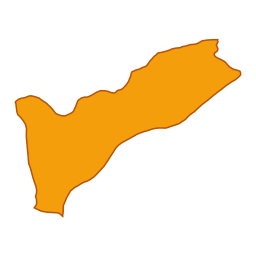 outline of Halmin, Lahij, Yemen
{"feature_id": "15242507B61781927650682", "entity_name": "Halmin", "entity_type": "district", "adm_level": 2, "iso_a3": "YEM", "parent_name": "Yemen", "parent_adm1": "Lahij", "projection": "mercator", "projection_center": [44.941, 13.696], "detail": "fine", "context": "isolated", "style": "filled", "palette": "amber", "viewbox_px": 256, "rotation_deg": 0, "n_neighbors": 0, "source": "geoboundaries", "source_scale": "gbopen_adm2", "svg_char_len": 5189}
<svg xmlns="http://www.w3.org/2000/svg" viewBox="0 0 256 256"><path d="M217.7,39.7L213.7,39.7L207.6,40.0L202.2,40.8L197.8,43.3L195.5,44.1L195.3,44.1L194.4,44.2L193.5,44.4L192.8,44.4L191.9,44.5L191.1,44.5L190.8,44.5L188.6,45.1L187.6,45.5L186.8,45.8L185.9,46.0L184.9,46.2L184.0,46.3L183.1,46.5L182.1,46.7L181.4,47.1L180.7,47.5L179.9,47.7L179.1,47.8L178.3,47.9L177.4,48.0L176.6,48.0L175.6,48.1L174.7,48.3L173.8,48.5L172.9,48.8L172.0,48.9L171.1,49.4L170.3,49.8L169.4,50.2L168.5,50.4L167.7,50.7L166.9,51.0L166.1,51.2L165.3,51.4L164.3,51.6L163.5,51.8L162.6,52.1L161.6,52.3L160.7,52.5L159.7,52.7L158.6,52.9L157.6,53.2L157.1,53.8L156.6,54.4L155.9,55.1L155.2,55.6L154.5,56.1L153.9,56.7L153.3,57.3L152.8,57.9L152.3,58.5L151.7,59.2L151.1,59.8L150.5,60.4L149.9,61.1L149.5,61.7L148.9,62.6L148.4,63.4L147.9,64.1L147.3,64.8L146.8,65.5L146.1,66.0L145.5,66.5L144.7,66.7L143.8,67.1L143.0,67.2L142.1,67.7L141.3,68.1L140.6,68.6L139.8,68.9L139.0,69.2L138.2,69.4L137.2,69.7L136.3,69.9L135.5,70.2L134.7,70.6L134.0,71.1L133.3,71.3L132.5,71.5L131.8,72.0L131.4,72.9L131.2,73.7L131.0,74.5L130.8,75.5L130.6,76.3L130.3,77.1L130.0,77.8L129.6,78.6L129.3,79.5L129.0,80.2L128.8,81.0L128.4,81.7L127.8,82.5L127.4,83.2L126.8,83.9L126.5,84.4L126.4,84.6L125.9,85.2L125.3,85.8L124.6,86.6L124.1,87.2L123.5,87.7L122.8,88.4L122.1,88.9L121.4,89.3L120.6,89.7L119.6,90.0L118.8,90.2L117.9,90.3L117.2,90.7L116.7,91.3L116.0,92.0L115.4,92.6L114.6,92.9L113.8,93.0L113.0,92.9L112.1,92.7L111.3,92.6L110.1,92.2L109.2,91.8L108.0,91.3L107.1,91.2L106.1,91.0L105.3,90.9L104.5,90.8L103.6,90.8L102.7,90.7L101.4,90.7L100.6,90.7L99.9,91.0L99.1,91.2L98.1,91.6L97.2,92.0L96.4,92.4L95.5,92.9L94.7,93.3L94.0,93.8L93.3,94.3L92.5,94.7L91.8,95.1L91.0,95.5L90.1,95.9L89.3,96.3L88.3,96.7L87.5,97.0L86.8,97.2L86.0,97.1L85.0,97.1L84.2,97.2L83.3,97.5L82.2,97.7L81.5,98.0L80.6,98.5L79.8,99.1L79.1,99.6L78.4,100.2L77.8,100.9L77.5,101.6L77.2,102.5L76.9,103.2L76.6,104.0L76.3,104.9L76.0,105.7L75.7,106.5L75.3,107.4L74.8,108.2L74.4,109.2L74.1,110.0L73.7,110.8L73.2,111.5L72.3,112.3L71.6,112.8L70.9,113.2L70.2,113.6L69.2,114.0L68.3,114.4L67.5,114.8L66.7,115.2L65.8,115.6L65.1,115.9L64.0,115.9L63.1,115.8L62.1,115.7L61.1,115.6L60.3,115.3L59.5,115.1L58.7,114.8L58.0,114.5L56.8,114.0L56.1,113.5L55.4,113.1L54.9,112.4L54.3,111.6L53.7,110.9L53.2,110.2L52.7,109.5L52.1,108.8L51.5,108.2L50.8,107.4L50.3,106.8L49.6,106.2L48.9,105.6L48.2,105.0L47.6,104.4L47.1,103.8L46.4,103.3L45.6,102.6L45.0,102.2L44.2,101.8L43.5,101.3L42.8,100.8L41.9,100.2L41.2,99.8L40.5,99.3L39.8,98.7L39.1,98.1L38.2,97.8L37.2,97.4L36.2,97.1L35.4,96.8L34.2,96.5L33.5,96.3L32.6,96.1L31.7,95.9L30.9,95.9L29.9,95.9L29.1,96.0L28.4,96.3L27.6,96.6L26.8,96.9L26.0,97.2L25.1,97.5L24.4,97.8L23.6,97.9L22.8,98.0L21.5,98.2L20.5,98.5L19.7,98.8L18.9,99.1L18.2,99.5L17.6,100.0L16.8,100.6L15.9,101.3L15.7,101.6L15.4,102.0L15.4,102.8L15.9,103.4L16.4,108.4L17.0,112.3L17.8,114.6L20.3,117.1L23.1,120.5L25.3,124.0L26.5,128.2L26.3,136.2L26.8,142.1L27.5,149.7L28.1,155.5L28.4,160.3L28.8,163.8L30.2,167.4L31.7,172.9L33.0,177.8L33.1,178.2L33.5,179.1L33.8,180.0L34.1,180.9L34.3,181.9L34.7,182.8L35.0,183.7L35.3,184.6L35.6,185.5L35.9,186.2L36.1,187.1L36.3,188.0L36.4,188.9L36.6,189.7L36.6,190.5L36.6,191.2L36.6,192.1L36.5,193.0L36.3,193.8L36.1,194.8L35.7,195.7L35.6,196.5L35.7,197.3L36.1,198.0L36.3,198.3L36.6,201.3L36.6,204.4L34.2,207.8L40.0,210.6L42.4,211.4L44.3,211.7L46.5,212.1L48.3,212.3L50.1,212.4L51.9,212.5L53.6,212.6L55.5,212.7L57.3,212.8L59.1,213.3L60.7,214.5L62.1,215.9L62.7,216.3L62.7,215.1L63.0,213.3L63.2,211.6L63.2,209.8L63.3,207.9L63.3,206.0L63.3,205.6L67.0,197.0L70.4,191.1L74.6,187.5L76.4,186.6L78.0,185.7L79.6,184.6L81.3,183.6L83.0,182.7L84.8,181.9L86.7,181.3L88.5,180.5L90.0,179.6L91.8,178.4L93.4,177.3L94.8,176.1L96.1,174.8L97.3,173.5L98.8,171.9L100.2,170.5L101.8,168.7L103.0,167.3L104.2,166.0L105.2,164.5L106.2,163.0L107.3,161.4L108.5,159.6L109.5,157.9L110.6,156.2L111.8,154.4L112.8,152.8L113.9,151.1L114.9,149.5L116.0,147.9L117.3,146.4L118.8,145.0L120.5,143.7L122.0,142.6L123.6,141.7L125.3,140.8L127.0,139.9L128.8,138.9L130.6,137.9L132.2,137.0L134.1,136.0L135.7,135.0L137.5,134.1L139.3,133.3L141.2,132.6L142.9,132.0L144.9,131.4L146.6,130.9L148.3,130.4L150.0,129.8L151.8,129.2L153.6,128.7L155.4,128.4L157.1,128.1L159.1,128.0L160.8,128.0L162.6,128.0L164.4,128.1L166.2,128.0L179.2,123.6L185.7,119.2L186.8,117.9L188.1,116.6L189.4,115.3L190.8,114.2L192.4,113.0L194.0,111.9L195.4,110.7L196.7,109.4L198.0,108.2L199.3,107.0L200.8,105.7L202.2,104.4L203.7,103.3L205.4,102.0L207.0,100.8L207.6,100.3L208.5,99.6L209.9,98.4L211.5,97.1L212.9,95.9L214.4,94.7L215.9,93.6L217.3,92.4L218.7,91.3L220.2,90.3L221.6,89.3L223.0,88.1L224.7,86.8L226.1,85.6L227.6,84.6L229.2,83.5L230.8,82.4L232.4,81.4L234.0,80.6L235.5,79.6L236.8,78.6L238.2,77.4L239.4,76.3L239.6,76.2L240.6,74.7L240.6,73.0L240.0,71.3L238.4,70.6L236.6,70.1L234.9,69.6L233.2,69.1L232.6,68.7L231.7,68.3L230.1,67.3L228.6,66.0L227.3,64.5L226.1,63.1L224.9,61.8L223.4,60.9L221.8,60.0L220.3,59.3L219.4,58.8L218.5,58.5L216.8,57.6L215.2,56.4L214.2,54.9L214.5,53.2L216.0,52.1L216.8,51.4L217.4,50.8L217.9,49.1L217.4,47.3L216.4,45.4L216.3,45.2L216.8,44.4L217.0,43.7L217.4,42.9L218.0,42.0L217.8,41.2L217.5,40.4L217.7,39.7Z" fill="#f59e0b" stroke="#b45309" stroke-width="1.5"/></svg>